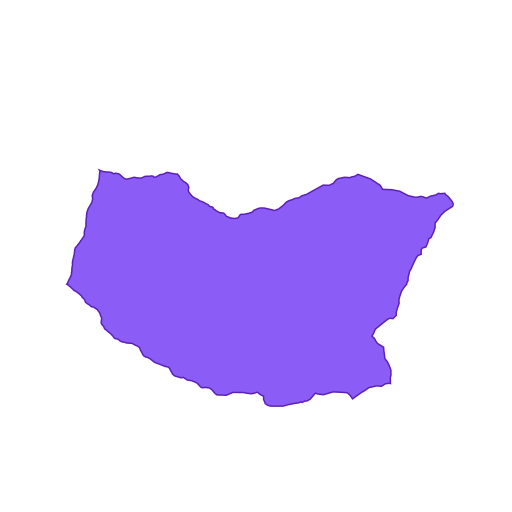 Gasetsho Om, Wangdi Phodrang, Bhutan (Mercator projection), rotated 208°
{"feature_id": "84629894B49729691627906", "entity_name": "Gasetsho Om", "entity_type": "district", "adm_level": 2, "iso_a3": "BTN", "parent_name": "Bhutan", "parent_adm1": "Wangdi Phodrang", "projection": "mercator", "projection_center": [89.831, 27.343], "detail": "fine", "context": "isolated", "style": "filled", "palette": "violet", "viewbox_px": 512, "rotation_deg": 208, "n_neighbors": 0, "source": "geoboundaries", "source_scale": "gbopen_adm2", "svg_char_len": 6141}
<svg xmlns="http://www.w3.org/2000/svg" viewBox="0 0 512 512"><g transform="rotate(208 256 256)"><path d="M434.6,258.3L433.6,257.7L432.4,254.3L431.0,251.2L429.9,247.8L429.1,244.2L429.0,240.4L429.5,235.9L429.0,232.5L427.1,229.9L426.1,226.4L426.2,222.9L426.4,218.9L425.7,214.8L425.3,214.0L425.0,212.9L424.2,211.6L423.9,210.5L423.5,209.3L422.8,207.9L422.3,206.7L421.8,205.6L420.3,202.9L420.0,201.6L419.6,199.3L419.1,197.2L418.8,196.3L418.2,195.4L417.7,194.4L417.2,193.2L417.2,192.2L417.6,189.3L417.6,188.2L417.9,187.5L417.9,186.6L418.1,185.3L418.1,184.2L418.5,183.1L418.6,182.2L418.7,181.0L419.1,179.7L419.4,178.5L419.1,177.3L419.1,176.3L418.4,175.2L418.0,173.8L417.5,172.8L417.1,171.6L416.9,170.4L416.5,169.2L416.1,167.6L415.8,166.5L415.5,165.4L415.1,164.2L414.5,163.1L413.9,162.3L413.5,160.7L412.8,159.0L412.5,158.1L412.1,157.3L411.7,156.6L411.3,155.8L411.2,154.9L410.7,154.0L410.3,153.3L410.0,150.3L410.0,147.1L409.7,143.7L409.9,142.2L408.0,142.2L406.6,141.8L405.0,141.5L403.3,141.0L402.5,140.8L401.1,140.3L400.3,140.0L399.7,140.2L398.9,140.2L397.5,140.1L394.0,139.5L392.5,139.1L391.6,138.9L389.8,137.8L387.9,137.4L386.1,136.3L385.4,135.8L385.0,135.2L383.7,134.9L382.5,134.7L380.1,134.6L378.5,134.1L377.8,134.0L376.7,134.2L375.5,134.5L374.9,134.6L374.2,134.5L372.6,134.4L371.9,134.3L370.5,134.0L369.3,133.3L367.8,132.6L366.8,132.0L365.9,131.1L365.3,130.4L364.3,129.7L363.5,129.1L362.9,128.2L362.2,126.4L361.8,125.3L361.4,124.4L361.0,123.9L360.3,123.5L359.1,122.9L358.5,122.7L357.4,122.3L356.5,121.5L356.0,121.0L355.0,120.5L353.3,120.3L352.1,120.0L351.1,119.7L350.0,119.5L348.4,119.3L346.9,118.9L346.2,118.6L345.3,118.3L344.6,118.0L343.8,117.6L342.4,117.0L341.7,116.9L340.2,117.4L339.2,117.6L337.7,117.6L336.7,117.4L336.1,117.2L334.6,117.2L334.0,117.3L332.1,118.0L329.7,118.4L328.6,118.8L327.4,119.4L326.3,119.8L325.2,120.4L323.9,120.7L322.2,120.6L320.8,120.6L319.5,120.7L318.2,120.9L315.6,120.3L313.8,118.6L312.2,117.7L309.6,115.8L308.1,115.1L306.0,115.0L304.7,115.5L301.5,115.6L295.8,114.5L293.7,114.7L288.4,115.4L284.4,115.8L282.7,116.4L281.0,116.7L279.2,116.0L278.3,115.2L275.7,113.6L274.1,112.5L271.7,112.0L271.1,112.0L268.4,112.6L265.7,113.1L264.8,113.4L263.2,114.7L258.5,114.2L254.5,115.6L250.9,116.1L248.3,116.1L244.8,114.9L243.6,114.4L242.1,114.3L240.2,115.3L238.4,116.6L237.4,116.7L236.3,117.3L235.7,117.5L233.7,117.5L231.6,117.0L228.5,115.7L225.6,115.0L223.1,116.0L220.3,117.5L217.0,119.0L215.3,121.0L212.4,124.7L204.8,128.6L203.3,129.5L200.4,130.3L198.0,131.2L195.2,132.3L192.8,134.3L191.5,136.0L190.1,136.3L187.5,135.7L184.3,135.7L183.4,135.8L182.0,132.9L179.6,131.1L178.6,130.0L175.9,129.7L174.0,130.0L172.7,130.3L171.4,131.0L167.9,132.8L161.7,136.1L159.8,137.9L157.8,139.9L156.7,140.7L156.2,141.1L155.5,141.7L152.1,144.4L151.3,145.0L149.4,146.4L147.8,148.2L146.7,148.3L144.6,150.9L142.9,152.0L140.9,155.1L139.2,162.7L137.7,163.0L137.0,163.1L134.7,163.9L131.5,165.1L124.1,172.2L118.3,175.0L113.3,177.2L112.7,177.5L110.9,178.1L107.4,177.1L103.7,175.2L98.7,185.3L96.9,188.0L94.5,192.8L91.1,195.7L88.7,197.9L87.4,198.4L84.0,199.9L81.8,203.9L78.4,206.3L77.4,206.5L80.4,211.9L80.8,213.9L83.4,218.7L87.8,222.5L90.5,224.4L94.2,226.0L95.7,228.4L98.8,232.6L100.5,235.4L103.6,235.6L107.6,235.8L110.4,237.2L112.8,238.9L115.9,239.6L115.9,243.4L116.3,247.6L114.8,250.9L112.4,256.6L110.0,262.1L108.5,263.9L105.6,265.0L104.8,267.9L104.3,269.4L105.7,272.0L106.5,275.3L107.0,278.6L107.4,281.3L109.2,284.3L110.1,287.8L111.0,293.5L110.5,297.9L109.7,301.9L110.3,303.8L110.1,305.4L111.6,308.5L112.3,311.3L113.2,314.8L113.0,317.7L113.4,321.4L113.7,328.4L113.4,331.9L112.8,333.0L111.0,335.0L111.3,335.6L113.2,339.4L113.0,340.9L110.2,343.8L110.6,348.0L111.5,352.4L110.2,354.3L110.4,360.5L111.3,365.4L113.3,369.0L112.4,374.0L112.0,378.6L110.1,384.4L108.1,387.9L105.7,392.1L106.1,394.1L106.4,394.7L108.2,396.1L110.9,397.3L114.3,398.7L117.5,399.3L118.7,400.0L122.4,397.6L124.3,397.0L125.9,394.3L128.4,392.1L130.2,390.7L132.4,387.3L138.2,386.2L141.0,383.8L143.3,382.5L150.2,380.7L159.4,380.7L167.4,378.2L175.5,374.3L179.4,376.7L190.9,377.8L204.4,375.9L205.9,373.1L208.8,370.6L210.1,369.1L212.6,368.1L215.2,366.8L217.1,365.1L219.6,363.1L220.9,361.0L221.5,358.5L221.9,356.2L223.2,354.8L224.3,352.9L227.2,351.5L230.1,350.0L231.4,347.9L236.9,339.5L240.3,334.1L243.9,330.6L245.3,327.6L248.7,325.1L250.6,322.6L252.9,320.3L254.6,317.8L255.5,314.1L258.0,308.3L260.1,305.8L261.4,304.7L263.5,304.3L266.6,303.5L268.7,302.9L271.3,302.2L274.4,300.6L276.1,299.3L279.4,295.3L279.6,294.2L279.7,293.6L280.1,292.8L282.4,290.3L283.2,289.7L284.8,288.3L286.4,287.0L287.2,286.6L288.3,286.1L289.1,285.4L289.5,284.4L289.5,282.4L290.0,281.0L290.4,280.6L291.5,279.8L293.1,278.8L296.6,277.6L297.3,277.6L300.4,277.2L301.2,277.3L303.5,278.4L304.4,278.6L305.3,278.5L306.1,278.2L306.7,277.9L308.2,277.3L309.2,277.2L311.1,277.3L312.6,277.2L313.7,277.6L315.6,277.7L316.6,278.6L317.2,278.8L317.8,278.7L319.7,278.1L320.3,278.1L320.9,278.2L321.6,278.6L322.4,278.8L324.7,278.7L327.3,278.8L329.1,278.7L329.9,278.6L330.6,278.4L331.7,278.3L332.6,278.4L334.0,278.7L334.8,278.6L336.0,278.4L336.7,278.4L337.4,278.6L338.9,278.5L339.7,278.6L342.2,279.5L343.5,280.0L346.1,281.4L347.1,283.4L347.3,284.2L347.6,285.2L348.4,285.7L349.3,286.7L349.9,287.0L351.1,287.4L352.1,287.7L353.3,287.8L355.0,287.8L355.9,288.1L358.6,288.7L359.5,289.3L360.4,289.9L361.6,290.6L362.4,290.9L364.0,291.5L365.0,290.8L367.0,290.1L369.1,289.5L369.9,289.2L370.5,289.0L371.6,288.9L373.9,288.0L375.1,286.4L375.6,285.5L376.1,284.9L376.9,284.1L377.6,283.8L378.0,283.4L379.0,282.7L379.6,281.8L380.1,280.8L380.9,279.6L381.3,279.0L381.8,278.5L382.4,278.0L383.0,277.8L383.8,278.0L384.5,278.1L385.6,277.8L387.0,276.8L387.6,276.4L388.5,275.9L391.3,274.3L392.9,272.2L394.0,270.9L394.6,270.5L395.2,270.2L395.9,270.0L397.8,269.1L398.9,268.7L400.3,268.5L401.4,267.5L401.9,267.1L402.5,266.4L404.1,265.0L405.8,263.5L406.3,263.1L407.1,262.9L408.1,262.7L409.5,262.8L410.4,262.9L413.5,263.8L415.0,264.1L416.5,263.9L418.6,263.3L419.2,262.9L420.2,261.8L421.0,261.8L421.7,261.9L422.9,261.9L424.4,261.4L425.4,261.0L427.8,259.8L428.6,259.5L429.6,259.2L430.4,258.9L432.2,258.5L434.6,258.3Z" fill="#8b5cf6" stroke="#5b21b6" stroke-width="1.5"/></g></svg>